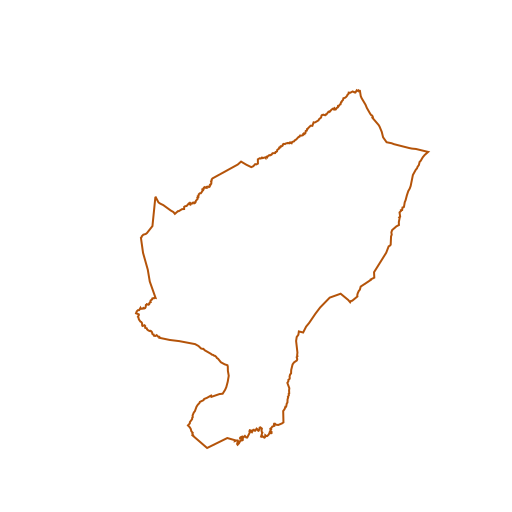 the district of Vaals, Netherlands, rotated 296°
{"feature_id": "6326949B17278408062250", "entity_name": "Vaals", "entity_type": "district", "adm_level": 2, "iso_a3": "NLD", "parent_name": "Netherlands", "parent_adm1": "", "projection": "equal_earth", "projection_center": [5.971, 50.778], "detail": "fine", "context": "isolated", "style": "outline", "palette": "amber", "viewbox_px": 512, "rotation_deg": 296, "n_neighbors": 0, "source": "geoboundaries", "source_scale": "gbopen_adm2", "svg_char_len": 6102}
<svg xmlns="http://www.w3.org/2000/svg" viewBox="0 0 512 512"><g transform="rotate(296 256 256)"><path d="M117.0,352.8L118.5,353.6L128.6,348.4L130.8,348.8L132.5,348.6L132.4,348.8L134.0,349.1L136.9,348.3L138.0,348.5L141.0,347.2L143.0,346.9L143.4,346.4L145.2,346.6L146.4,345.8L147.0,346.1L149.8,344.6L151.8,343.9L155.7,339.8L157.5,340.0L158.9,339.4L160.0,340.0L161.0,339.9L162.4,339.0L164.5,338.6L165.8,339.0L169.0,337.6L174.6,336.4L177.0,336.8L180.0,338.5L181.4,338.3L182.9,336.9L184.2,337.2L184.7,336.5L187.3,335.6L197.2,329.3L201.0,328.1L203.8,328.6L207.0,327.6L207.9,331.9L214.5,332.0L219.1,333.1L230.2,334.7L237.8,336.2L250.9,340.5L259.2,348.6L256.9,358.2L255.7,360.9L257.1,361.0L258.0,362.1L264.1,364.9L265.1,364.2L266.9,363.8L269.5,363.7L271.3,364.1L274.4,363.5L284.9,369.7L285.2,369.4L288.4,371.8L293.2,369.2L316.0,371.6L322.8,371.0L324.2,371.9L325.2,372.1L332.8,368.8L334.7,368.6L336.6,367.3L339.0,367.0L344.2,369.2L346.5,370.9L349.1,369.5L353.3,368.4L353.5,367.8L354.6,368.3L358.1,365.9L360.1,366.6L360.7,366.2L361.4,367.2L363.8,366.4L364.7,367.4L365.5,367.3L369.6,366.1L371.7,366.0L376.7,365.0L381.1,364.4L384.0,364.6L386.8,364.3L397.6,361.5L403.7,361.8L405.3,362.3L406.9,362.1L409.2,362.5L412.3,361.8L413.7,362.3L417.8,362.6L420.7,363.3L425.0,365.1L422.3,352.8L420.9,349.1L420.2,346.4L417.0,331.0L416.8,328.5L415.5,323.5L418.4,318.2L422.7,314.6L426.5,310.3L427.5,308.8L431.3,300.0L431.9,300.3L432.7,299.5L433.2,298.5L433.1,297.8L433.9,296.3L437.7,290.7L440.0,288.1L444.2,281.7L445.7,280.0L450.0,277.0L449.7,276.2L449.8,275.5L449.2,275.5L449.4,275.1L448.8,274.5L449.0,273.9L446.6,273.7L446.6,273.0L446.2,272.8L446.3,270.8L444.0,269.1L443.5,267.7L442.4,268.1L441.1,267.5L440.4,267.7L438.6,267.3L437.3,266.7L436.1,265.4L434.5,265.8L432.8,265.3L431.9,265.4L431.4,265.0L429.4,265.5L428.8,264.9L426.8,264.6L426.7,264.0L425.5,264.4L424.8,263.8L422.6,263.4L422.2,262.7L422.6,262.7L423.3,261.7L422.1,261.2L422.2,260.6L420.6,259.7L417.9,259.0L418.1,258.5L417.4,257.9L414.5,257.3L414.0,257.2L413.9,256.7L412.8,256.4L412.6,254.7L412.2,254.5L411.9,253.7L411.0,253.3L409.0,253.8L406.6,252.7L405.3,252.7L402.1,250.6L401.3,249.6L401.3,249.2L397.7,249.6L397.1,248.0L393.7,246.8L392.8,246.7L392.6,246.3L391.0,246.7L390.2,245.9L388.1,246.5L387.6,246.0L387.0,246.1L387.1,245.2L386.3,244.9L385.6,245.3L385.1,245.2L384.2,244.2L383.6,242.8L382.2,242.8L381.8,242.1L378.4,241.1L376.9,240.1L375.8,240.0L374.3,238.5L372.9,238.6L372.7,237.4L373.0,236.8L371.9,236.5L371.9,235.8L371.3,235.3L371.4,234.8L369.9,233.2L369.3,233.0L368.9,231.7L368.0,231.2L367.0,231.6L366.2,231.2L365.5,230.1L364.4,230.4L364.0,230.1L364.5,229.9L363.7,229.3L362.6,229.6L360.7,228.6L359.3,229.0L358.5,228.6L358.1,228.0L356.9,228.1L355.6,225.8L353.7,225.5L353.1,224.5L352.5,224.4L352.3,223.6L350.4,222.7L349.8,222.8L350.0,222.1L349.2,221.6L348.3,221.8L348.6,221.1L348.3,220.6L346.9,219.1L347.1,218.2L345.7,217.6L345.5,216.5L343.7,215.3L339.9,217.2L338.5,216.2L338.2,215.0L335.5,214.2L333.8,212.8L333.8,207.4L334.3,201.2L330.2,199.5L306.7,182.9L305.4,182.6L304.1,183.2L303.4,182.8L302.3,183.8L301.2,184.1L300.1,183.5L299.9,183.9L297.8,183.9L297.3,183.5L297.6,182.8L296.5,181.3L295.6,181.8L295.0,180.1L295.3,179.6L294.9,179.3L293.7,179.1L293.3,179.5L292.4,178.6L291.7,179.6L291.1,179.2L289.7,179.2L288.2,178.9L287.7,178.0L286.3,177.5L285.0,178.0L284.3,177.5L283.6,178.3L282.8,177.7L281.9,178.5L279.3,177.8L277.7,178.1L276.7,177.8L276.4,177.5L277.0,176.9L276.1,175.7L275.3,175.8L274.7,174.6L274.1,174.6L274.5,174.0L273.4,173.9L273.4,172.8L273.8,172.6L273.6,172.5L270.5,171.7L269.7,170.5L268.7,169.9L266.7,170.8L265.7,169.0L262.4,166.9L262.1,166.2L258.3,164.6L259.3,162.5L259.5,159.5L261.1,150.4L261.1,146.9L261.4,144.9L264.8,140.2L264.4,139.9L237.5,149.8L228.7,147.9L227.4,147.2L225.8,145.4L223.6,144.7L222.5,144.9L221.9,144.6L209.3,153.1L196.3,164.7L186.5,171.7L174.3,184.1L174.1,183.3L173.2,182.8L173.2,182.3L172.4,181.4L171.3,181.6L169.9,180.8L168.9,180.9L168.4,181.6L167.0,180.8L166.0,181.1L165.6,180.6L165.1,180.7L164.8,179.0L164.3,179.1L163.7,178.5L161.8,179.2L160.6,179.2L159.9,178.6L160.0,177.8L159.3,177.7L159.0,177.3L159.1,176.9L158.4,176.3L158.5,175.6L158.1,175.4L158.6,174.9L156.1,174.7L155.5,173.6L153.9,173.1L151.9,173.3L152.2,176.2L151.7,176.6L149.6,176.5L149.4,177.1L147.7,178.5L146.4,180.8L146.4,181.8L145.7,183.0L143.5,184.3L143.4,184.8L144.9,186.1L144.5,187.1L142.9,187.8L143.1,189.6L142.3,190.2L141.9,192.0L142.0,193.7L142.3,193.8L142.2,194.1L142.5,194.8L141.8,196.1L140.6,196.9L140.3,197.9L140.5,198.5L139.6,199.3L140.0,200.6L141.3,201.4L140.6,203.2L141.0,204.5L140.1,204.9L142.7,215.2L145.9,224.5L150.1,239.9L149.9,243.8L148.8,247.1L149.1,248.7L149.5,249.4L148.8,251.2L148.3,258.5L148.0,259.5L148.3,261.1L148.0,262.2L148.3,263.0L147.9,264.5L147.2,265.5L147.0,267.0L145.1,271.0L144.9,275.3L145.3,278.2L144.3,279.1L140.4,281.1L136.4,284.0L130.6,285.7L125.1,286.8L122.2,286.9L117.6,286.4L115.9,283.7L109.9,277.7L110.9,276.9L110.5,276.5L107.0,274.1L104.8,272.1L103.4,272.0L100.2,269.5L98.9,269.6L96.9,268.9L94.5,268.6L89.7,269.1L88.1,268.7L84.9,268.9L83.4,269.8L82.5,269.6L81.4,270.1L77.7,269.4L76.5,269.9L73.9,269.1L73.0,271.6L72.0,273.1L70.1,274.8L69.3,276.7L68.2,276.7L67.4,278.0L66.9,277.7L62.0,296.2L79.8,310.0L81.2,317.8L80.3,318.1L81.7,319.4L82.2,320.4L81.7,321.2L79.5,321.2L78.7,321.5L78.3,322.2L80.2,322.8L83.2,322.9L84.2,324.4L84.9,324.8L85.7,324.3L86.0,323.6L85.0,321.7L85.3,321.4L86.3,321.6L87.8,322.9L87.8,323.3L86.9,323.5L86.9,324.1L89.4,324.9L88.6,326.8L89.0,327.7L94.5,327.8L95.6,326.9L96.7,326.8L97.0,328.3L95.9,329.0L95.8,329.6L98.5,329.7L98.9,330.2L98.4,331.4L98.6,331.9L101.1,332.2L100.9,333.1L100.0,334.3L100.0,334.9L101.4,335.1L103.3,334.5L103.9,335.0L103.5,336.9L101.3,337.6L100.2,338.6L100.1,339.1L95.9,339.7L96.0,340.5L96.9,340.9L96.4,342.6L96.5,343.3L97.3,343.5L99.0,342.9L98.7,344.2L99.1,345.0L101.1,345.7L102.9,345.7L103.2,346.2L103.2,347.2L103.7,347.6L104.7,347.1L104.7,346.6L104.1,345.9L104.1,345.5L106.6,345.6L106.6,344.9L107.0,344.6L108.5,345.3L109.8,345.4L111.3,346.9L112.7,345.8L113.2,345.8L113.6,346.5L113.1,347.9L113.9,350.1L117.0,352.8Z" fill="none" stroke="#b45309" stroke-width="2"/></g></svg>